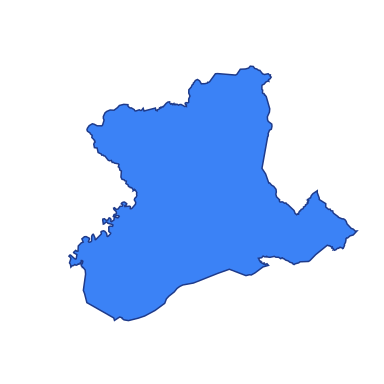 Nam Phong, Khon Kaen, Thailand (Natural Earth projection), rotated 69°
{"feature_id": "78962969B93047350456374", "entity_name": "Nam Phong", "entity_type": "district", "adm_level": 2, "iso_a3": "THA", "parent_name": "Thailand", "parent_adm1": "Khon Kaen", "projection": "natural_earth1", "projection_center": [102.881, 16.697], "detail": "fine", "context": "isolated", "style": "filled", "palette": "blue", "viewbox_px": 384, "rotation_deg": 69, "n_neighbors": 0, "source": "geoboundaries", "source_scale": "gbopen_adm2", "svg_char_len": 5988}
<svg xmlns="http://www.w3.org/2000/svg" viewBox="0 0 384 384"><g transform="rotate(69 192 192)"><path d="M96.8,89.8L95.4,92.5L96.6,94.7L96.3,98.0L94.7,102.9L98.2,107.9L98.4,109.5L90.6,125.7L90.0,127.8L95.4,136.1L95.6,137.5L95.2,138.0L95.8,138.6L95.5,141.1L94.3,144.5L90.9,145.1L88.9,146.6L89.1,148.9L90.6,150.9L90.7,151.6L91.8,152.3L92.1,153.5L93.7,155.0L95.4,158.3L98.5,159.6L101.7,159.5L103.9,161.7L107.1,163.0L107.3,164.0L106.4,165.5L106.7,166.6L107.5,166.8L108.7,166.0L110.0,166.5L109.4,166.9L109.7,168.0L106.3,170.9L105.9,172.4L106.2,173.4L104.6,174.6L104.8,175.8L103.9,176.2L104.1,177.3L102.9,177.2L103.2,177.9L102.8,178.6L103.2,179.0L102.2,179.4L102.3,180.4L100.6,180.9L99.8,180.6L99.4,182.3L100.0,184.4L102.1,188.3L101.8,188.5L102.1,189.7L101.9,189.6L101.6,190.8L102.2,191.4L101.9,191.9L102.4,191.9L102.7,192.8L102.9,195.0L103.7,195.3L102.8,196.5L100.5,196.1L99.2,207.7L96.3,207.6L97.7,209.9L97.3,211.1L96.4,211.7L96.2,215.5L95.6,216.3L94.4,216.4L91.7,218.5L91.4,219.6L90.3,220.4L88.8,221.0L87.5,220.5L85.7,224.3L85.2,228.8L86.5,231.3L87.7,235.5L86.1,239.1L86.2,242.7L86.9,244.8L89.7,247.7L91.5,248.4L93.2,248.3L94.3,249.0L97.3,251.4L97.9,252.5L96.2,256.8L93.6,259.1L92.6,260.6L93.2,264.2L95.0,266.8L96.3,267.8L97.8,267.8L100.4,266.0L101.4,266.0L103.3,264.9L105.3,266.0L108.9,264.4L109.2,264.8L110.6,264.5L111.2,265.8L112.2,266.6L115.6,267.2L117.0,264.8L121.5,265.5L124.0,263.1L125.2,263.1L125.8,261.6L126.5,261.5L127.2,260.4L132.4,258.8L133.4,257.6L133.6,256.0L135.8,255.9L136.1,254.7L137.2,254.1L139.3,250.7L140.1,250.3L142.1,251.8L143.1,251.1L145.7,251.5L147.1,250.4L152.6,253.0L155.1,252.8L156.2,251.0L157.2,250.9L158.4,249.4L160.4,250.7L162.4,249.2L164.1,249.3L165.1,248.2L165.8,248.1L166.3,246.8L168.6,246.2L168.7,245.7L169.3,246.2L169.0,245.3L169.8,245.6L169.7,244.3L172.7,243.7L174.0,244.5L175.6,244.8L176.7,245.9L177.4,247.7L178.7,248.7L181.3,248.2L183.1,249.1L185.7,253.9L185.8,255.0L185.4,255.6L183.7,254.8L182.9,255.2L181.5,259.9L180.7,259.7L180.4,257.8L179.5,257.1L177.2,258.6L176.8,259.9L177.1,261.6L177.7,262.3L179.0,261.2L180.1,261.8L180.2,262.5L179.6,264.2L181.4,267.2L181.1,268.9L178.9,270.0L179.0,271.0L180.4,271.1L183.1,269.8L184.8,270.1L185.3,270.8L185.1,272.8L186.7,274.3L187.2,273.7L186.8,271.3L187.8,269.0L188.7,268.7L189.5,269.9L189.5,270.7L188.2,272.3L188.1,273.4L188.5,274.1L190.1,274.8L190.9,277.7L190.3,278.3L188.4,277.4L186.7,278.1L186.5,278.8L187.9,280.5L187.9,281.7L187.1,282.6L185.6,283.3L185.3,284.9L186.1,285.4L190.2,286.3L190.2,285.2L189.4,283.5L189.4,282.3L191.1,281.7L193.5,278.3L194.5,277.6L195.6,278.5L194.7,280.1L194.5,281.5L194.9,282.3L199.1,283.8L201.3,282.6L202.0,283.3L203.2,286.0L203.3,286.7L202.9,287.1L199.9,286.6L197.4,287.5L196.5,288.5L196.3,290.3L196.7,291.4L198.0,291.4L198.8,291.9L202.0,299.0L201.7,299.5L200.0,299.0L196.4,299.2L196.0,299.4L196.1,300.1L197.3,301.5L201.7,303.3L202.2,304.3L202.1,306.1L201.2,306.5L199.2,304.6L198.4,304.4L195.7,306.8L195.2,308.5L196.3,311.6L199.8,311.5L199.8,313.6L201.6,317.5L206.3,319.6L206.1,320.7L204.8,321.5L205.9,324.2L206.4,324.2L209.2,321.9L212.8,324.0L212.9,324.7L212.3,325.4L207.3,328.0L207.1,328.7L207.8,329.9L209.5,329.0L210.9,329.0L214.3,331.8L216.0,331.4L218.7,332.0L217.9,330.3L218.2,328.9L217.7,327.4L218.8,326.5L218.9,325.4L218.4,324.0L218.8,323.8L218.9,322.0L218.5,321.4L217.9,321.5L217.7,320.4L216.3,320.0L216.5,319.3L217.5,318.7L219.5,320.0L220.2,321.5L221.3,321.8L222.2,321.2L223.2,321.4L223.4,320.7L226.6,319.7L230.6,320.8L244.9,328.7L248.4,328.7L257.6,329.8L281.5,310.2L284.1,310.4L282.8,304.3L284.3,302.4L285.0,302.6L287.0,301.3L289.3,297.4L290.5,287.7L290.8,280.6L289.3,268.8L286.1,257.3L282.6,254.2L281.0,251.0L278.9,244.3L276.7,240.6L275.8,237.3L275.5,233.9L277.5,223.3L277.2,196.7L277.5,184.8L289.4,171.6L289.8,168.1L290.7,166.4L290.1,162.2L287.4,152.6L287.9,146.9L285.8,147.7L286.1,149.3L285.8,149.8L285.3,149.7L284.9,150.9L284.1,150.3L283.9,151.7L282.9,152.5L282.2,152.2L282.0,153.1L281.1,152.8L281.0,153.3L279.3,153.7L278.5,153.4L277.7,153.7L278.3,150.5L277.3,148.6L278.8,147.1L278.8,146.1L279.2,145.9L278.9,145.2L279.8,144.7L280.9,142.7L281.6,138.2L282.9,137.1L284.0,134.5L286.1,133.0L285.7,132.2L285.9,131.1L286.9,130.8L287.3,130.0L289.1,129.0L290.8,126.9L292.6,125.8L294.3,123.7L294.9,123.8L296.3,122.7L296.0,121.3L296.4,117.8L295.9,116.1L298.6,108.1L298.2,106.3L294.8,99.0L290.2,84.8L291.6,83.1L291.5,82.7L293.4,81.5L293.5,80.9L294.5,81.5L294.9,80.7L295.8,80.3L296.5,80.9L296.5,80.4L297.4,80.0L297.5,78.4L296.7,76.4L297.1,75.3L296.6,74.1L296.9,73.9L296.9,73.0L297.5,72.7L298.2,71.6L298.8,71.6L298.8,71.0L296.6,68.8L295.5,68.5L294.1,66.8L291.7,65.3L291.1,65.3L290.3,64.2L290.7,63.2L289.6,60.2L289.9,56.9L287.5,52.0L287.0,53.6L284.5,54.7L283.0,56.4L277.3,58.7L274.7,58.6L273.0,59.0L271.5,60.0L270.8,61.5L268.0,64.5L267.4,64.4L262.7,67.4L261.6,67.7L260.1,67.4L259.3,69.0L257.5,69.2L257.2,70.7L253.9,72.5L250.8,71.3L244.6,75.9L243.4,75.4L237.5,75.3L235.7,74.6L236.9,79.7L238.1,81.9L240.0,83.5L239.8,84.6L240.5,85.8L240.4,86.5L241.3,86.5L241.2,86.9L242.0,86.3L242.6,87.5L243.4,87.5L243.5,88.2L244.0,87.9L244.3,88.3L244.7,90.6L245.3,90.7L245.8,91.5L246.0,93.3L246.7,93.5L247.4,94.4L247.4,96.4L248.4,97.4L248.3,98.2L249.1,99.3L249.9,99.8L250.3,101.4L250.7,101.2L250.4,102.0L250.7,102.4L249.0,103.4L245.8,103.4L238.0,107.1L237.1,107.9L235.9,108.2L235.6,109.7L234.0,110.7L233.4,111.5L233.2,112.9L232.5,113.6L231.4,113.6L230.8,113.0L226.8,114.8L224.0,114.5L222.3,113.3L219.6,112.6L216.0,113.7L214.2,115.2L211.3,116.3L211.1,117.1L201.5,116.8L195.0,118.2L167.4,101.5L167.4,101.2L166.0,100.2L164.9,100.1L162.1,97.5L161.8,95.4L159.3,93.8L157.2,93.2L153.5,95.5L151.7,95.6L148.8,94.7L145.2,91.1L142.2,89.6L129.6,88.5L127.7,89.0L127.5,89.5L125.9,89.5L125.4,90.4L124.7,90.7L122.2,89.5L121.4,90.0L117.9,88.7L117.3,88.1L117.1,85.9L115.8,83.6L115.6,81.2L116.2,80.6L114.5,80.2L114.3,78.5L113.1,76.9L112.1,77.5L110.8,76.9L110.7,77.6L108.9,78.5L108.3,82.2L106.9,83.8L102.7,85.1L102.4,86.1L100.4,87.4L99.1,89.2L96.8,89.8Z" fill="#3b82f6" stroke="#1e3a8a" stroke-width="1.5"/></g></svg>